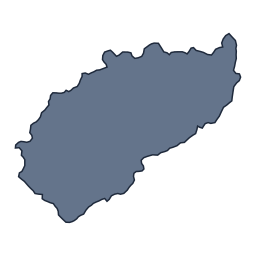 the district of Pescador, Minas Gerais, Brazil
{"feature_id": "56859067B18566313031573", "entity_name": "Pescador", "entity_type": "district", "adm_level": 2, "iso_a3": "BRA", "parent_name": "Brazil", "parent_adm1": "Minas Gerais", "projection": "natural_earth1", "projection_center": [-41.56, -18.337], "detail": "fine", "context": "isolated", "style": "filled", "palette": "slate", "viewbox_px": 256, "rotation_deg": 0, "n_neighbors": 0, "source": "geoboundaries", "source_scale": "gbopen_adm2", "svg_char_len": 2554}
<svg xmlns="http://www.w3.org/2000/svg" viewBox="0 0 256 256"><path d="M15.4,148.0L19.2,147.7L21.9,150.8L21.4,155.3L23.3,157.3L24.8,159.7L24.8,162.5L24.8,165.6L23.2,169.0L21.9,171.4L19.4,172.9L18.6,176.7L21.3,179.0L24.4,181.4L26.3,183.6L28.4,186.0L31.0,188.7L33.2,190.7L35.0,193.5L38.4,194.1L42.4,194.5L42.2,198.7L44.6,200.4L47.7,201.6L50.2,202.7L53.4,203.6L55.1,206.2L57.1,208.4L58.2,211.2L58.5,214.9L60.3,216.8L62.5,219.0L65.9,222.2L69.5,222.4L72.2,221.6L74.4,220.5L76.7,218.8L78.4,216.7L80.7,215.3L83.6,214.1L86.0,210.1L88.6,207.0L91.4,205.2L93.3,203.4L96.2,202.0L99.0,200.9L101.8,199.4L104.7,198.5L107.0,201.3L109.2,199.4L111.4,195.8L114.6,194.2L117.8,193.5L120.5,194.2L123.8,193.4L127.3,190.1L129.1,187.3L130.9,185.2L132.8,183.4L134.4,180.0L133.5,176.4L133.9,173.3L136.2,171.5L138.9,171.4L142.1,170.9L143.9,169.0L143.4,166.0L141.6,163.4L141.2,160.3L143.7,157.7L146.9,156.5L149.9,155.6L152.7,154.8L155.2,155.0L157.7,155.1L160.7,152.7L165.0,151.5L167.5,150.5L169.7,148.2L172.8,147.3L177.0,145.7L180.5,142.8L184.4,142.4L186.7,140.2L189.5,137.6L192.7,135.3L195.6,133.6L196.9,129.6L197.6,126.1L199.8,127.3L202.3,128.1L203.7,125.8L205.2,123.6L208.1,122.6L210.8,123.4L214.9,122.6L216.9,119.5L219.3,116.2L221.4,111.6L223.5,107.3L226.8,105.0L229.6,102.6L231.8,100.9L232.2,97.3L233.0,91.8L233.8,86.7L236.6,82.9L239.3,80.6L240.6,77.1L239.4,73.9L235.8,73.4L233.5,70.3L234.6,66.3L235.3,62.5L236.3,58.5L236.1,54.8L236.3,51.2L235.9,48.4L236.5,45.3L235.4,40.5L231.9,36.8L229.0,33.6L225.7,35.6L223.2,39.0L221.7,43.0L222.7,47.0L219.4,47.6L215.6,49.3L213.5,52.5L211.5,55.0L207.5,54.5L203.4,52.4L200.0,51.4L196.1,50.4L193.5,47.6L191.1,48.1L188.9,51.7L187.1,53.9L184.9,52.7L182.3,51.8L178.4,51.8L174.6,51.9L171.2,52.5L169.3,54.7L167.1,52.8L163.8,51.9L161.3,47.8L158.4,43.3L154.1,43.1L151.4,43.9L149.3,45.1L147.3,46.6L144.3,48.8L143.5,53.2L141.7,56.4L138.2,57.8L134.8,58.4L132.0,55.9L130.9,52.8L127.8,52.1L122.7,52.0L119.2,55.0L116.5,56.3L114.5,54.2L112.7,52.3L110.4,50.2L107.6,51.0L104.6,52.1L102.8,55.6L102.5,59.6L104.1,62.1L106.2,64.4L107.0,67.1L102.9,68.7L99.7,69.9L96.6,70.2L93.8,71.8L91.1,72.9L88.5,74.3L85.2,73.0L82.1,73.6L82.1,76.5L80.4,80.0L79.3,83.2L77.3,86.5L73.4,88.0L71.0,90.3L68.8,91.6L66.1,90.3L64.3,92.4L61.4,93.2L58.8,93.2L56.4,92.9L52.8,92.8L50.6,95.4L50.1,98.9L48.5,101.5L48.9,105.0L46.8,107.5L44.8,110.1L41.6,112.7L40.4,116.9L38.5,119.6L36.2,121.9L33.5,123.2L30.9,125.3L30.5,129.0L29.8,132.7L31.8,135.3L32.4,138.2L30.0,141.3L26.8,142.3L23.6,141.7L20.9,141.4L18.5,142.4L15.7,145.0L15.4,148.0Z" fill="#64748b" stroke="#1e293b" stroke-width="1.5"/></svg>